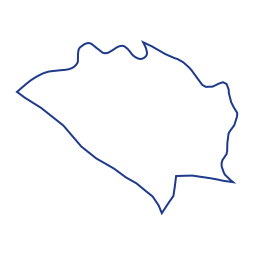 Pyokdong, P'yŏngan-bukto, North Korea, rotated 358°
{"feature_id": "82179303B48679015064508", "entity_name": "Pyokdong", "entity_type": "district", "adm_level": 2, "iso_a3": "PRK", "parent_name": "North Korea", "parent_adm1": "P'yŏngan-bukto", "projection": "robinson", "projection_center": [125.318, 40.5], "detail": "fine", "context": "isolated", "style": "outline", "palette": "blue", "viewbox_px": 256, "rotation_deg": 358, "n_neighbors": 0, "source": "geoboundaries", "source_scale": "gbopen_adm2", "svg_char_len": 4735}
<svg xmlns="http://www.w3.org/2000/svg" viewBox="0 0 256 256"><g transform="rotate(358 128 128)"><path d="M158.8,214.3L166.4,203.6L171.0,197.5L172.7,188.4L174.4,177.7L181.7,177.7L190.6,177.8L199.4,179.4L208.2,181.0L215.6,182.6L221.4,184.1L231.1,185.8L228.4,183.4L223.2,178.0L222.0,175.4L220.3,169.8L220.3,166.4L221.2,163.5L225.6,157.4L226.3,154.5L226.7,146.9L228.3,137.1L229.7,134.7L234.3,128.9L237.4,120.3L237.7,116.8L234.4,111.0L232.0,105.8L230.0,96.5L230.0,93.3L228.1,87.5L224.6,85.6L221.4,86.4L214.0,89.6L207.2,89.6L203.7,87.5L193.3,72.2L191.0,69.5L185.6,64.3L179.7,60.7L177.0,59.8L167.8,55.4L154.8,47.3L146.2,42.9L146.3,43.1L146.5,43.5L146.6,43.9L146.8,44.3L147.0,44.8L147.2,45.2L147.4,45.6L147.6,46.0L147.7,46.4L147.9,46.8L148.1,47.2L148.3,47.7L148.5,48.2L148.6,48.6L148.8,49.0L148.9,49.4L149.0,49.8L149.1,50.2L149.1,50.5L149.2,50.9L149.3,51.3L149.4,51.7L149.4,52.2L149.5,52.5L149.6,52.9L149.6,53.5L149.6,53.9L149.5,54.3L149.5,54.6L149.4,54.9L149.2,55.3L149.1,55.7L149.0,56.0L148.8,56.3L148.6,56.6L148.5,56.8L148.2,57.1L147.9,57.3L147.7,57.6L147.4,57.8L147.2,58.0L146.7,58.3L146.4,58.5L146.0,58.7L145.7,58.8L145.3,58.9L145.0,59.0L144.6,59.2L144.2,59.3L143.9,59.4L143.5,59.4L143.1,59.4L142.7,59.4L142.4,59.4L142.1,59.3L141.8,59.3L141.5,59.2L141.1,59.1L140.8,59.0L140.5,58.8L140.2,58.8L140.1,58.7L139.8,58.5L139.5,58.3L138.9,58.1L138.4,57.7L138.0,57.5L137.6,57.3L137.2,57.0L136.9,56.7L136.5,56.4L136.2,56.2L135.9,55.9L135.6,55.6L135.3,55.3L135.0,55.0L134.6,54.6L134.4,54.4L134.1,54.0L133.9,53.7L133.7,53.4L133.4,52.9L133.3,52.7L133.0,52.3L132.7,51.8L132.4,51.4L132.0,51.0L131.7,50.6L131.4,50.2L131.0,49.7L130.7,49.3L130.4,49.0L130.1,48.7L129.9,48.5L129.6,48.2L129.3,48.0L129.0,47.8L128.7,47.5L128.4,47.2L128.0,46.9L127.7,46.7L127.4,46.4L127.2,46.2L126.8,46.1L126.4,45.9L125.9,45.7L125.5,45.7L125.0,45.7L124.9,45.7L124.3,45.7L123.8,45.8L123.3,45.8L122.8,45.9L122.4,46.0L122.0,46.1L121.6,46.2L121.1,46.4L120.7,46.5L120.4,46.7L120.0,46.9L119.5,47.1L119.0,47.4L118.6,47.6L118.2,47.9L117.8,48.2L117.3,48.4L116.9,48.7L116.5,49.0L116.0,49.3L115.6,49.5L115.1,49.8L114.7,50.0L114.3,50.3L113.7,50.6L113.3,50.8L112.9,51.0L112.6,51.2L112.1,51.4L111.7,51.6L111.4,51.8L111.0,52.0L110.5,52.1L110.2,52.2L109.7,52.3L109.3,52.4L108.9,52.4L108.6,52.4L108.2,52.5L107.9,52.4L107.4,52.4L107.0,52.4L106.5,52.2L106.0,52.1L105.7,52.0L105.3,51.8L105.0,51.7L104.7,51.4L104.4,51.1L104.1,50.9L103.8,50.6L103.4,50.3L103.0,50.0L102.6,49.6L102.3,49.3L101.9,49.0L101.6,48.7L101.3,48.4L100.8,48.1L100.2,47.6L99.7,47.2L99.3,46.9L98.8,46.5L98.4,46.0L97.9,45.6L97.6,45.3L97.2,45.0L96.8,44.7L96.5,44.4L96.1,44.1L95.7,43.7L95.3,43.3L95.1,43.1L94.7,42.9L94.2,42.6L93.8,42.4L93.4,42.2L93.0,42.0L92.5,41.9L92.0,41.8L91.6,41.8L91.3,41.7L90.9,41.7L90.4,41.8L90.1,41.9L89.6,42.0L89.2,42.1L88.8,42.2L88.2,42.3L87.8,42.5L87.4,42.7L86.9,43.0L86.5,43.4L86.0,43.6L85.5,43.9L85.1,44.2L84.6,44.6L84.2,44.8L83.8,45.1L83.4,45.4L83.0,45.6L82.8,45.9L82.5,46.2L82.2,46.6L82.0,46.9L81.7,47.3L81.5,47.7L81.4,48.1L81.3,48.6L81.1,49.1L81.1,49.4L81.0,49.9L80.9,50.4L80.8,51.0L80.7,51.6L80.6,52.2L80.6,52.7L80.6,53.3L80.5,54.0L80.5,54.5L80.5,55.2L80.4,55.9L80.4,56.4L80.4,56.8L80.4,57.5L80.3,58.0L80.3,58.6L80.3,59.2L80.2,59.7L80.1,60.0L80.1,60.4L79.9,60.7L79.8,61.0L79.5,61.4L79.2,61.9L78.9,62.3L78.6,62.7L78.4,62.9L78.2,63.2L77.8,63.6L77.3,64.0L76.9,64.4L76.4,64.8L75.9,65.1L75.3,65.5L74.8,65.8L74.3,66.0L73.8,66.3L73.1,66.5L72.6,66.6L72.1,66.8L71.5,67.0L70.8,67.2L70.0,67.3L69.5,67.4L69.0,67.5L68.4,67.6L67.7,67.6L66.9,67.7L66.2,67.8L65.6,67.8L65.1,67.8L64.4,67.8L63.8,67.9L63.2,67.9L62.6,67.9L62.0,67.9L61.4,68.0L60.9,68.0L60.4,68.1L59.8,68.1L59.3,68.1L58.8,68.2L58.2,68.2L57.6,68.3L56.9,68.3L56.3,68.3L56.1,68.4L55.5,68.4L54.8,68.5L54.3,68.5L53.8,68.5L53.2,68.6L52.6,68.6L52.0,68.7L51.6,68.7L51.0,68.8L50.7,68.9L50.1,69.0L49.6,69.1L49.1,69.3L48.7,69.4L48.2,69.5L47.8,69.6L47.4,69.7L47.0,69.8L46.5,69.9L46.1,70.1L45.6,70.3L45.1,70.5L44.7,70.6L44.3,70.7L43.8,70.9L43.2,71.2L42.8,71.4L42.3,71.7L41.7,71.9L41.2,72.2L40.7,72.4L40.1,72.7L39.6,72.9L39.1,73.1L38.6,73.4L38.2,73.6L37.7,73.9L37.2,74.2L36.7,74.4L36.2,74.7L35.8,74.9L35.4,75.2L34.9,75.5L34.5,75.8L34.1,76.0L33.7,76.3L33.2,76.5L32.8,76.8L32.3,77.1L31.9,77.4L31.6,77.6L31.2,77.9L30.8,78.2L30.4,78.4L30.0,78.7L29.7,79.0L29.3,79.3L28.9,79.6L28.4,79.9L28.1,80.2L27.7,80.5L27.3,80.8L27.0,81.1L26.6,81.4L26.4,81.5L26.1,81.8L25.7,82.1L25.4,82.4L25.0,82.7L24.6,82.9L24.3,83.2L23.9,83.6L23.5,83.8L23.2,84.1L22.9,84.3L22.5,84.6L22.1,84.9L21.8,85.2L21.5,85.5L21.2,85.8L20.8,86.1L20.5,86.4L20.1,86.7L19.7,86.9L19.3,87.2L19.0,87.5L18.7,87.7L18.3,88.0L25.9,94.1L41.9,104.9L63.6,123.4L80.7,144.9L95.2,157.3L112.6,168.1L124.2,177.3L134.4,183.5L143.1,191.2L150.3,197.4L156.0,206.6L158.8,214.3Z" fill="none" stroke="#1e3a8a" stroke-width="2"/></g></svg>